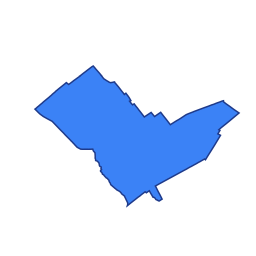 Smeeni, Buzau, Romania (Natural Earth projection), rotated 208°
{"feature_id": "2599482B10599735426508", "entity_name": "Smeeni", "entity_type": "district", "adm_level": 2, "iso_a3": "ROU", "parent_name": "Romania", "parent_adm1": "Buzau", "projection": "natural_earth1", "projection_center": [26.881, 44.971], "detail": "fine", "context": "isolated", "style": "filled", "palette": "blue", "viewbox_px": 256, "rotation_deg": 208, "n_neighbors": 0, "source": "geoboundaries", "source_scale": "gbopen_adm2", "svg_char_len": 4561}
<svg xmlns="http://www.w3.org/2000/svg" viewBox="0 0 256 256"><g transform="rotate(208 128 128)"><path d="M63.0,189.7L64.3,188.3L64.5,188.2L65.6,186.9L67.6,184.6L68.7,183.4L69.8,182.2L77.7,173.3L77.8,173.1L79.7,170.9L81.0,169.4L81.4,168.9L81.7,168.6L82.2,167.9L82.6,167.5L82.7,167.3L82.9,167.1L83.0,166.9L83.2,166.5L83.5,166.0L84.3,164.5L85.0,163.2L85.4,162.5L85.7,161.9L87.0,159.6L88.6,157.1L92.2,150.8L99.7,154.2L100.0,154.3L103.0,155.6L106.5,157.2L109.1,152.2L109.6,151.2L109.7,150.9L109.9,150.6L112.2,151.5L114.9,152.6L118.8,145.4L124.1,147.8L127.5,149.3L128.9,150.0L130.9,150.8L133.9,152.2L134.9,150.6L137.0,151.4L137.8,151.8L139.2,152.4L138.3,153.5L139.4,154.2L141.0,155.2L142.1,155.8L143.5,156.5L145.6,157.4L146.2,157.7L146.7,156.6L147.0,155.9L147.3,156.1L151.7,158.0L154.1,159.1L155.9,159.9L159.6,161.4L160.5,161.7L161.6,162.2L161.6,162.3L161.8,162.3L162.5,161.5L163.2,161.0L164.7,159.8L164.9,159.8L165.4,159.7L166.0,159.6L166.7,159.7L169.4,159.8L171.1,160.0L171.5,160.0L171.8,160.0L172.0,160.0L172.3,160.1L172.7,160.3L173.2,160.4L174.9,161.2L176.1,161.7L176.0,161.8L178.7,162.9L184.0,164.9L186.1,165.8L187.9,166.4L188.7,165.0L190.4,161.3L193.1,155.4L194.8,151.5L195.0,151.2L194.8,151.1L195.9,149.0L197.1,146.5L198.2,144.3L198.8,142.9L200.7,138.8L200.8,138.6L202.5,138.9L203.8,139.1L204.0,138.5L204.5,137.3L205.6,134.7L206.6,132.4L207.8,129.6L208.3,128.3L208.6,127.6L208.9,127.0L209.2,126.1L209.2,125.8L209.9,124.1L210.6,122.4L210.8,121.7L211.1,120.7L211.7,119.3L212.0,118.4L214.0,113.6L214.9,111.4L215.6,109.4L216.3,107.8L216.7,106.7L217.0,106.0L217.2,105.3L217.8,104.1L217.9,103.7L218.4,102.3L219.0,101.0L216.7,100.3L216.0,100.1L215.1,99.8L213.4,99.3L212.3,99.0L210.9,98.8L208.7,98.5L208.5,98.4L203.5,98.3L198.4,98.3L198.2,98.3L197.2,98.0L189.0,95.3L185.9,94.3L182.6,93.3L180.4,92.5L177.2,91.5L174.9,90.8L173.7,90.4L172.9,90.2L172.3,89.9L171.5,89.7L170.8,89.5L169.9,89.2L169.2,88.9L168.1,88.6L167.2,88.2L166.5,88.0L166.1,87.9L165.7,87.7L165.4,87.6L165.0,87.5L164.6,87.4L164.4,87.3L164.2,87.2L163.9,87.1L162.3,87.1L161.2,87.1L159.9,87.1L158.1,87.9L156.5,88.8L154.6,89.8L152.5,90.9L150.9,91.8L149.2,92.8L148.3,91.9L147.8,91.5L147.3,91.3L145.7,90.7L145.3,90.4L145.1,89.9L144.9,89.5L144.5,89.1L144.3,88.8L144.0,88.1L143.8,87.8L143.3,87.0L143.2,86.8L143.1,86.4L142.9,86.1L142.8,85.9L142.6,85.7L142.2,85.4L142.0,85.2L141.7,84.8L141.6,84.6L141.4,84.2L141.2,84.1L140.9,84.1L140.0,84.3L139.5,84.3L139.0,84.2L138.4,83.9L137.8,83.7L137.3,83.5L136.8,83.0L136.4,82.5L135.5,81.3L135.1,81.1L134.8,81.0L134.5,80.9L134.1,81.0L133.7,81.0L133.4,81.0L133.3,80.9L133.1,80.6L133.0,80.2L132.9,80.0L132.9,79.6L132.5,79.3L132.0,79.1L131.9,79.0L131.8,78.9L131.8,78.7L131.9,78.4L132.2,78.0L132.3,77.9L132.3,77.6L132.0,77.0L131.8,76.8L131.6,76.7L130.6,76.6L129.7,76.0L129.4,75.9L129.0,75.3L128.8,75.2L127.7,75.3L127.5,75.2L127.4,75.2L126.8,74.8L126.4,74.7L124.9,74.1L124.3,74.0L123.7,73.7L122.8,73.8L122.6,73.8L122.3,73.7L121.8,73.4L121.6,73.3L120.6,73.0L120.3,72.9L120.2,72.8L119.4,71.8L119.0,71.6L117.8,71.0L116.9,70.1L116.4,69.8L116.0,69.7L115.8,69.6L115.5,69.6L114.6,69.4L114.3,69.3L112.8,69.0L111.2,68.6L110.8,68.6L108.8,68.1L108.5,68.1L107.9,68.1L106.1,68.1L105.4,68.0L105.2,68.0L104.6,67.8L103.5,67.4L103.3,67.3L102.9,67.0L102.7,66.9L101.1,66.6L100.4,66.5L99.5,66.3L99.4,66.3L99.1,66.3L98.7,65.8L97.4,64.9L96.2,64.0L95.7,63.6L94.8,63.0L93.5,62.0L93.4,62.0L93.1,61.7L92.4,60.3L92.3,60.2L92.1,59.1L91.6,60.2L90.5,62.8L89.7,64.6L88.6,67.1L88.0,68.4L86.8,71.2L86.4,72.1L86.1,72.6L85.5,73.8L84.9,75.4L84.3,76.7L83.6,78.2L82.9,79.7L81.4,79.4L80.3,81.5L79.7,82.6L78.2,81.6L76.3,80.4L75.1,79.7L73.6,78.7L73.4,78.9L73.2,78.9L72.9,78.8L72.6,78.8L72.0,79.0L71.6,78.9L70.8,78.5L70.4,78.3L70.1,78.1L69.8,78.0L69.3,77.9L69.0,78.0L68.7,78.1L68.4,78.1L67.6,78.0L67.4,78.1L67.1,78.1L66.9,78.1L66.7,78.1L66.3,78.1L66.1,78.4L65.9,78.7L65.1,80.2L64.9,80.5L64.5,81.2L68.0,83.7L71.6,86.1L73.7,87.6L74.4,88.1L75.5,88.9L76.6,89.6L74.1,93.5L72.3,96.2L70.4,99.1L58.1,117.7L57.7,118.2L57.4,118.7L56.7,119.8L56.4,120.2L56.3,120.5L54.8,122.8L54.2,123.6L52.0,127.0L51.6,127.6L51.4,127.8L51.3,128.0L50.5,129.3L50.4,129.4L50.0,130.1L49.6,130.8L49.3,131.2L49.2,131.3L48.2,132.8L48.0,133.2L47.1,134.6L46.0,136.3L45.9,136.5L44.7,136.3L44.4,141.3L44.1,145.2L43.5,153.5L43.1,160.9L42.9,165.0L45.9,165.0L45.7,169.0L47.0,169.1L45.9,172.0L44.1,176.2L43.8,176.8L41.4,182.6L37.0,193.4L38.7,193.6L43.3,194.1L48.6,194.9L52.7,195.4L54.4,195.7L55.6,195.9L55.9,196.0L56.0,196.1L56.5,196.9L57.6,195.9L58.4,195.0L59.3,193.9L60.8,192.3L61.9,191.1L63.0,189.7Z" fill="#3b82f6" stroke="#1e3a8a" stroke-width="1.5"/></g></svg>